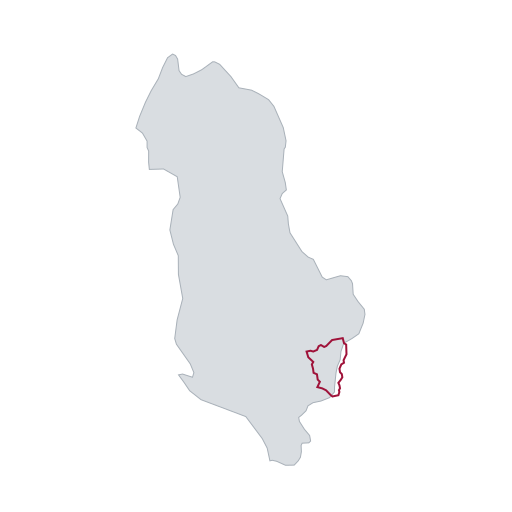 Kolonjë, Korçë, Albania shown in context, rotated 351°
{"feature_id": "67620474B91947048364679", "entity_name": "Kolonjë", "entity_type": "district", "adm_level": 2, "iso_a3": "ALB", "parent_name": "Albania", "parent_adm1": "Korçë", "projection": "natural_earth1", "projection_center": [20.638, 40.285], "detail": "fine", "context": "in_parent", "style": "outline", "palette": "rose", "viewbox_px": 512, "rotation_deg": 351, "n_neighbors": 0, "source": "geoboundaries", "source_scale": "gbopen_adm2", "svg_char_len": 2055}
<svg xmlns="http://www.w3.org/2000/svg" viewBox="0 0 512 512"><g transform="rotate(351 256 256)"><path d="M164.2,153.8L164.6,146.7L166.4,135.6L165.4,131.8L166.4,125.5L163.1,116.9L157.4,110.8L162.9,99.9L170.9,86.8L178.3,76.4L187.3,65.6L193.3,55.2L199.7,46.3L205.2,43.5L207.9,45.4L209.4,49.3L209.0,60.9L210.9,64.9L214.7,67.8L222.7,66.4L231.6,63.5L243.6,57.4L245.6,57.8L250.1,61.0L259.3,74.9L265.4,87.2L277.5,91.5L284.2,96.3L292.9,103.6L297.1,111.0L303.0,133.4L303.7,146.9L302.0,153.1L300.5,154.7L295.1,176.8L296.4,188.1L296.3,195.5L291.7,198.4L288.7,203.1L293.6,221.5L293.0,229.4L293.2,238.4L302.1,258.9L307.4,265.3L312.1,268.3L318.1,287.2L321.7,290.5L336.3,288.7L343.5,290.8L346.3,295.3L347.0,298.4L346.0,309.0L349.7,317.1L354.6,325.5L354.5,330.7L351.3,339.1L345.4,348.9L337.7,352.6L329.1,355.8L325.0,363.5L322.9,371.6L319.1,377.6L316.7,384.1L313.1,397.6L312.3,402.5L306.5,407.4L297.5,409.4L289.4,409.8L283.9,412.1L281.2,416.7L276.0,420.4L272.9,422.1L273.0,426.2L276.7,434.7L280.9,441.7L281.0,447.3L278.9,448.8L272.3,448.1L270.9,450.2L270.2,456.4L268.4,461.7L265.7,464.9L261.0,468.5L252.4,467.3L244.3,462.0L240.1,460.3L237.7,460.5L237.0,447.5L233.6,437.3L220.8,413.0L179.2,389.3L169.4,378.7L165.2,369.7L160.9,361.3L165.0,361.1L169.1,363.2L174.3,365.8L176.4,361.5L174.2,352.3L163.6,330.7L162.8,324.8L168.1,306.8L177.0,286.5L176.5,262.0L179.3,243.5L176.3,231.5L175.0,216.8L181.4,197.2L186.9,192.4L190.3,186.2L190.6,165.4L178.3,155.6L164.2,153.8Z" fill="#d9dde1" stroke="#a8b0b8" stroke-width="1"/><path d="M291.0,358.3L291.8,364.2L296.0,369.6L294.2,371.8L294.7,376.2L294.6,380.4L297.7,382.4L297.6,387.7L299.4,390.2L296.1,395.1L300.7,397.1L304.2,399.6L307.9,404.9L309.5,406.7L315.6,406.4L317.1,403.3L316.9,401.5L318.3,399.8L318.2,396.8L317.5,394.2L320.4,391.5L322.3,389.3L322.3,386.1L320.8,383.9L320.8,380.4L323.3,376.4L326.2,375.2L326.2,372.6L330.0,367.2L331.2,357.6L329.3,355.9L328.8,350.7L318.0,350.9L311.3,355.9L309.1,356.5L306.2,354.1L303.8,354.9L301.6,358.3L297.6,359.3L295.0,358.1L291.0,358.3Z" fill="none" stroke="#9f1239" stroke-width="2"/></g></svg>